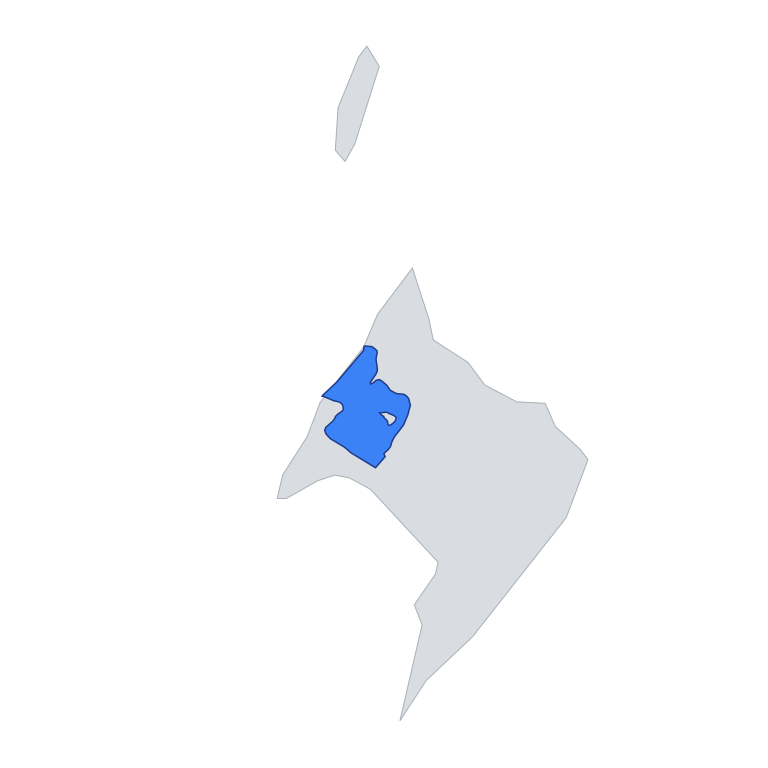 Tunapuna/Piarco highlighted on a map of Trinidad and Tobago, rotated 310°
{"feature_id": "TTO-61", "entity_name": "Tunapuna/Piarco", "entity_type": "Region", "adm_level": 1, "iso_a3": "TTO", "parent_name": "Trinidad and Tobago", "parent_adm1": "", "projection": "mercator", "projection_center": [-61.281, 10.685], "detail": "fine", "context": "in_parent", "style": "filled", "palette": "blue", "viewbox_px": 768, "rotation_deg": 310, "n_neighbors": 0, "source": "natural_earth", "source_scale": "10m", "svg_char_len": 1747}
<svg xmlns="http://www.w3.org/2000/svg" viewBox="0 0 768 768"><g transform="rotate(310 384 384)"><path d="M457.1,588.9L398.9,609.5L247.2,614.3L184.4,606.9L136.2,612.7L224.0,568.0L234.3,549.1L271.6,545.6L282.2,540.0L294.6,441.2L289.8,417.7L282.4,404.8L267.3,395.4L233.4,382.7L227.7,375.8L249.0,364.9L294.6,358.9L328.6,347.0L399.1,344.7L433.3,334.2L491.1,331.2L462.7,376.5L449.4,393.4L454.5,434.3L448.0,461.9L455.6,497.0L472.8,519.9L461.6,542.5L460.0,576.7L457.1,588.9ZM549.0,207.4L529.5,211.1L531.7,196.5L566.0,171.3L618.5,154.3L631.8,153.7L624.3,176.2L549.0,207.4Z" fill="#d9dde1" stroke="#a8b0b8" stroke-width="1"/><path d="M334.9,344.4L336.1,344.3L355.2,346.6L396.8,346.8L399.9,344.4L401.3,345.6L404.8,350.6L405.1,353.9L405.0,357.1L402.9,359.1L399.8,360.7L397.5,362.3L391.6,368.9L389.6,370.5L386.3,371.5L376.2,372.5L375.5,373.9L377.0,374.6L378.8,375.2L381.1,375.4L382.6,376.1L384.5,377.8L384.9,380.8L384.8,387.3L383.2,392.8L384.4,398.9L385.8,401.5L388.4,405.0L389.2,407.2L389.2,409.8L388.6,412.5L386.4,415.4L384.9,417.7L375.6,422.1L365.3,425.3L349.8,426.0L344.8,427.2L340.3,429.2L335.8,429.4L332.3,428.7L330.6,428.7L329.0,431.6L314.4,431.3L310.1,403.4L310.2,394.3L307.6,378.2L308.4,371.9L310.4,368.3L313.4,367.3L323.0,368.7L325.3,368.5L328.0,367.7L330.6,367.9L336.8,369.4L339.0,368.7L341.3,366.0L341.7,361.9L338.7,355.8L336.0,346.7L334.9,344.4ZM362.9,416.3L364.6,415.8L365.7,415.4L366.3,414.0L366.2,411.8L364.6,406.6L364.1,404.1L359.0,399.2L358.6,402.5L358.6,403.4L359.0,404.0L359.1,404.4L358.9,404.9L358.5,405.2L358.2,405.8L358.1,406.4L358.1,407.1L358.2,407.7L358.2,408.4L357.8,410.4L357.3,411.2L355.9,412.5L355.5,413.2L355.4,413.9L355.6,414.5L356.4,415.1L359.8,416.2L362.9,416.3Z" fill="#3b82f6" stroke="#1e3a8a" stroke-width="1.5"/></g></svg>